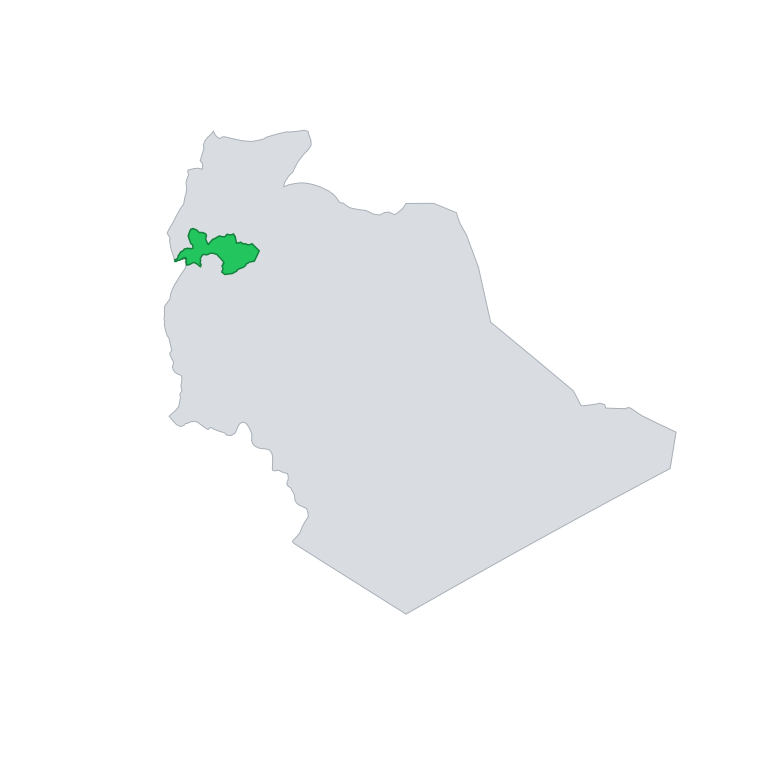 Bahr-Köh, Moyen-Chari, Chad shown in context, rotated 124°
{"feature_id": "50815135B48101754695472", "entity_name": "Bahr-Köh", "entity_type": "district", "adm_level": 2, "iso_a3": "TCD", "parent_name": "Chad", "parent_adm1": "Moyen-Chari", "projection": "orthographic", "projection_center": [18.409, 9.514], "detail": "fine", "context": "in_parent", "style": "filled", "palette": "green", "viewbox_px": 768, "rotation_deg": 124, "n_neighbors": 0, "source": "geoboundaries", "source_scale": "gbopen_adm2", "svg_char_len": 7612}
<svg xmlns="http://www.w3.org/2000/svg" viewBox="0 0 768 768"><g transform="rotate(124 384 384)"><path d="M562.5,237.1L563.0,252.9L563.5,268.7L564.0,284.5L564.5,300.4L565.0,316.3L565.5,332.1L565.9,348.1L566.4,364.0L566.5,369.3L566.1,371.4L565.9,371.7L565.3,372.0L557.1,370.7L553.5,370.7L548.5,371.9L541.1,372.6L536.3,372.5L533.1,375.3L530.5,378.6L531.9,386.5L531.7,389.1L530.8,391.9L528.6,394.2L526.3,396.1L525.0,397.8L523.4,401.4L522.2,403.1L522.4,405.3L522.0,407.7L520.7,409.0L517.2,409.9L515.0,411.0L513.3,412.7L512.1,414.0L512.8,415.6L513.7,417.9L514.2,421.4L514.6,423.5L516.3,425.2L517.4,426.4L517.8,427.9L516.8,429.1L512.6,431.7L510.9,432.7L509.0,434.0L508.3,434.5L505.2,437.0L503.7,439.2L503.0,441.0L503.0,443.5L504.7,447.2L506.5,450.3L507.2,452.7L507.6,455.3L507.5,457.8L506.6,460.0L505.1,461.9L499.3,465.7L496.5,469.7L494.2,474.6L493.7,477.3L494.3,479.1L495.6,480.5L497.3,481.3L499.9,481.5L504.1,480.6L508.0,480.0L512.2,481.8L514.4,485.8L513.6,488.8L515.3,494.2L516.8,500.8L516.7,503.0L517.3,503.8L519.9,504.2L520.5,505.7L519.9,517.3L521.1,520.5L522.9,522.7L524.9,523.9L526.9,525.4L528.0,526.5L530.3,526.7L532.9,528.8L533.6,531.5L533.5,534.2L532.1,540.1L530.9,544.1L529.4,543.8L526.3,542.9L522.6,542.1L518.0,541.5L513.7,543.1L509.0,545.2L507.5,546.8L506.2,547.7L504.1,547.6L502.2,547.9L501.2,549.3L499.5,551.0L492.7,554.4L491.3,555.7L490.4,556.9L490.5,558.2L491.2,561.0L491.2,564.4L489.7,567.2L488.0,569.0L486.0,569.7L484.3,570.1L483.2,571.3L479.7,577.6L478.2,578.8L475.0,578.6L466.1,588.1L465.2,590.8L462.0,594.8L457.8,599.2L454.1,601.3L453.8,602.1L452.8,603.0L450.5,603.9L442.6,609.3L433.0,609.1L428.8,611.2L424.7,612.2L418.7,613.2L416.9,613.1L409.2,613.6L400.1,613.5L396.7,614.2L393.4,616.2L391.0,618.0L390.7,618.6L391.0,619.3L390.9,619.9L397.3,624.3L398.9,626.4L397.3,628.5L396.5,628.8L396.4,628.9L395.4,630.5L391.7,635.4L386.0,641.2L383.1,642.9L382.0,644.0L380.5,647.8L379.5,648.3L375.6,648.8L367.9,649.3L357.3,650.5L350.9,650.9L347.0,650.6L341.4,653.2L339.4,653.9L338.2,654.1L332.6,656.6L328.0,660.6L326.4,661.4L319.9,663.0L317.3,665.8L316.1,666.0L312.0,662.3L309.2,659.0L307.8,655.7L307.7,654.6L306.9,654.8L304.6,656.3L302.6,658.0L301.7,661.2L295.0,663.3L289.3,665.1L286.7,667.4L282.7,668.5L277.5,668.0L273.6,667.0L269.7,666.7L271.6,663.8L272.3,661.6L272.5,659.0L272.2,657.2L269.9,656.3L268.4,654.9L265.2,646.5L261.8,637.9L257.0,629.4L251.8,624.0L248.0,620.6L246.8,620.2L244.9,619.2L243.5,618.2L236.6,612.4L229.5,605.9L227.7,602.9L224.1,598.5L220.1,594.0L218.1,591.9L217.1,588.2L220.0,584.9L223.0,580.7L226.7,578.0L231.4,577.8L239.2,579.1L247.6,579.6L255.9,578.8L258.1,578.2L260.2,578.3L264.7,579.3L272.5,579.1L276.6,577.4L272.2,574.5L267.6,569.9L263.3,564.8L260.7,560.2L258.3,554.3L256.2,547.0L254.9,537.5L255.2,532.2L255.9,528.4L258.3,522.2L256.8,518.5L257.2,515.6L257.0,511.2L256.3,509.0L253.3,501.8L252.8,501.0L250.2,496.0L249.1,487.6L246.2,482.0L241.4,479.3L238.7,476.1L237.8,470.3L235.9,468.8L228.3,466.7L222.0,466.6L217.5,460.1L211.8,451.7L206.5,443.9L203.3,428.5L201.5,419.6L203.8,417.0L208.4,410.8L214.4,398.9L227.6,380.5L234.3,371.1L247.6,357.1L264.0,339.8L273.1,330.1L274.8,312.3L276.7,293.5L278.0,279.3L279.7,262.5L281.2,248.5L282.2,238.3L283.7,223.8L284.8,221.1L291.1,209.8L291.6,208.3L290.5,206.4L281.9,196.7L279.2,194.5L277.7,189.5L280.0,186.7L269.8,170.5L267.2,168.6L266.2,166.6L266.1,163.7L266.1,152.6L263.7,135.1L260.6,114.9L272.9,109.3L282.2,105.0L294.1,99.5L304.9,105.3L320.6,113.6L336.4,121.9L352.2,130.3L368.1,138.6L384.0,146.9L400.0,155.1L416.1,163.4L432.2,171.7L448.3,179.9L464.5,188.1L480.7,196.3L497.0,204.5L513.3,212.7L529.7,220.8L546.1,229.0L562.5,237.1Z" fill="#d9dde1" stroke="#a8b0b8" stroke-width="1"/><path d="M345.0,589.8L344.4,591.6L344.1,592.1L343.7,592.6L345.2,593.6L346.1,594.5L346.9,595.9L347.4,597.2L347.7,597.9L347.9,598.0L348.0,598.0L348.3,597.9L348.7,598.0L349.2,598.0L349.3,598.0L349.5,598.1L349.8,598.1L350.2,598.1L350.4,598.2L350.5,598.2L350.9,598.3L351.1,598.4L351.5,599.0L351.7,599.3L352.0,599.9L352.2,600.4L352.3,600.6L352.4,600.8L352.5,601.0L352.8,601.6L352.9,601.8L352.9,602.0L353.0,602.1L353.1,602.3L353.2,603.0L353.3,603.3L353.6,603.5L353.9,603.6L354.2,603.7L355.7,604.5L356.8,605.0L357.5,605.4L357.9,605.6L358.3,605.8L359.1,606.1L359.3,606.2L359.6,606.8L359.8,606.9L360.0,606.9L360.7,607.0L361.1,607.1L361.4,607.2L362.6,607.3L362.8,607.3L363.2,607.3L363.5,607.4L363.9,607.4L364.4,607.6L364.6,607.6L364.9,607.6L365.3,607.7L365.7,607.7L366.0,607.7L366.6,607.7L366.5,608.2L366.3,608.6L366.1,609.0L365.4,610.0L365.0,610.8L364.8,611.0L364.7,611.3L364.0,612.3L363.9,612.4L363.8,612.5L363.4,613.0L363.1,613.3L362.7,613.4L362.4,613.4L362.1,613.5L361.1,613.9L360.4,614.1L360.3,614.3L360.2,614.3L360.1,614.5L359.8,614.8L359.7,614.9L359.6,615.1L359.3,615.5L359.3,615.9L359.4,616.7L359.4,616.8L359.4,617.0L359.5,617.4L359.5,617.5L359.6,617.9L359.7,618.0L359.8,618.2L359.8,618.6L360.0,619.1L360.1,619.5L360.3,619.7L360.3,619.8L360.5,620.1L361.0,620.9L361.3,621.1L361.5,621.4L361.6,621.5L361.7,621.8L361.7,622.4L361.7,622.6L361.6,622.8L361.5,623.1L361.4,623.5L361.3,624.1L361.2,624.2L361.2,624.3L361.2,624.7L361.2,625.8L361.2,626.1L361.3,626.6L361.3,626.8L361.4,627.0L361.5,627.2L361.5,627.4L361.6,627.7L361.7,628.5L361.8,628.6L361.9,629.0L362.0,629.1L362.3,629.7L362.7,629.8L362.8,629.9L363.0,630.0L363.3,630.1L363.5,630.2L363.6,630.3L363.8,630.8L364.7,630.5L365.8,630.5L367.0,630.2L368.3,629.8L369.8,629.5L370.8,629.0L371.7,627.8L372.8,626.6L373.3,625.6L374.1,624.6L375.1,623.5L375.6,622.4L375.7,621.3L375.9,620.1L377.2,619.0L378.3,618.4L379.5,619.2L380.1,620.8L381.1,621.5L381.3,622.9L382.6,623.8L383.7,625.0L384.7,625.0L386.3,625.1L387.2,626.0L388.6,626.5L389.8,626.2L391.3,626.3L393.1,626.3L394.0,625.8L395.3,625.5L396.8,625.8L397.8,626.9L398.0,626.6L398.3,626.6L398.4,626.3L398.5,626.2L399.0,626.1L399.3,625.9L399.3,625.7L399.2,625.6L398.9,625.3L398.7,625.1L398.7,624.9L398.3,624.7L397.9,624.4L397.6,624.4L397.1,624.2L396.5,623.8L396.2,623.5L396.1,623.3L395.7,622.7L395.0,622.3L394.9,622.3L394.5,622.2L393.9,621.9L393.7,621.7L393.4,621.5L393.3,620.9L393.1,620.8L392.7,620.9L392.5,621.0L392.3,621.2L392.1,621.2L391.8,621.0L391.7,620.7L391.7,620.0L391.7,619.7L391.5,619.4L391.2,619.4L390.9,619.5L390.8,619.8L390.7,619.8L390.5,619.7L390.4,619.7L390.2,619.4L390.2,619.1L390.3,619.0L390.2,618.9L390.2,618.7L390.3,618.5L390.7,618.3L390.8,618.3L391.0,618.2L391.2,617.9L391.0,617.7L391.3,617.6L391.6,617.7L391.8,617.2L392.0,616.9L392.2,616.7L392.4,616.7L392.6,616.7L393.0,616.5L393.3,616.6L393.5,616.7L393.6,616.4L393.8,616.3L393.9,616.2L394.1,616.1L394.2,615.9L394.3,615.7L394.4,615.2L394.5,614.9L394.8,614.8L395.0,614.8L395.3,614.8L395.5,614.7L395.6,614.4L395.8,614.2L395.2,613.5L393.8,612.1L392.3,611.3L390.9,610.6L389.6,609.7L389.3,608.6L389.2,607.0L389.1,605.4L389.2,604.3L389.5,602.8L389.3,601.7L388.2,602.1L387.1,602.5L386.6,604.1L385.2,604.7L384.2,605.0L383.5,605.8L382.5,606.6L380.9,606.5L379.7,606.7L378.2,606.7L377.3,605.8L376.6,604.1L375.8,603.0L374.9,602.3L373.9,601.8L372.8,601.2L371.9,600.1L371.3,598.9L370.8,597.7L370.5,596.2L370.0,595.1L370.5,593.2L371.0,591.2L371.2,589.8L371.6,588.6L372.0,586.9L372.4,585.8L372.9,584.6L374.2,584.7L375.2,583.9L376.2,584.5L377.4,583.4L378.3,582.2L379.2,581.6L380.7,581.5L381.9,581.0L382.2,577.2L377.1,571.4L375.0,570.5L373.0,569.2L371.6,569.5L369.8,568.7L368.3,567.6L366.9,566.5L365.3,565.7L363.2,565.0L361.9,565.5L360.0,564.4L358.2,563.8L354.7,560.2L349.8,560.9L343.4,561.9L341.5,571.9L342.5,572.4L343.6,573.4L344.8,574.6L345.1,577.1L346.5,578.9L346.5,579.2L346.6,581.9L346.6,582.2L347.6,582.8L347.8,583.1L349.7,585.0L345.1,589.8L345.0,589.8Z" fill="#22c55e" stroke="#15803d" stroke-width="1.5"/></g></svg>